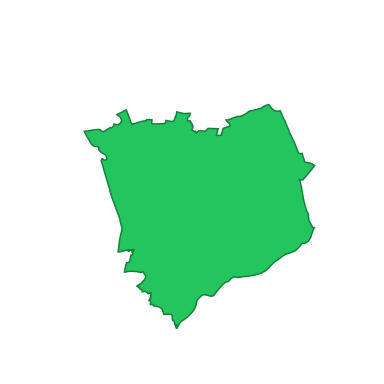 Scheia, Suceava, Romania (Robinson projection), rotated 127°
{"feature_id": "2599482B75590370819130", "entity_name": "Scheia", "entity_type": "district", "adm_level": 2, "iso_a3": "ROU", "parent_name": "Romania", "parent_adm1": "Suceava", "projection": "robinson", "projection_center": [26.193, 47.643], "detail": "fine", "context": "isolated", "style": "filled", "palette": "green", "viewbox_px": 384, "rotation_deg": 127, "n_neighbors": 0, "source": "geoboundaries", "source_scale": "gbopen_adm2", "svg_char_len": 5967}
<svg xmlns="http://www.w3.org/2000/svg" viewBox="0 0 384 384"><g transform="rotate(127 192 192)"><path d="M262.6,226.4L263.6,225.7L264.9,225.0L268.4,223.5L273.7,221.1L276.9,219.3L284.4,214.9L284.2,214.6L283.7,214.1L276.5,208.2L277.8,207.2L277.4,206.7L277.1,206.9L276.2,207.2L275.8,206.9L276.2,206.7L274.9,205.4L274.8,205.6L274.0,204.8L273.9,204.9L273.0,203.9L273.9,203.2L274.5,203.7L274.3,203.9L274.9,204.5L275.2,204.5L275.4,204.4L276.0,203.9L275.4,203.5L276.3,202.7L277.9,201.6L279.4,202.9L283.2,200.7L283.6,200.8L284.4,200.3L285.8,200.1L286.4,200.1L286.7,200.2L288.0,201.6L289.5,200.8L289.7,201.0L291.4,200.3L295.2,198.5L296.7,197.6L295.8,196.7L294.1,195.4L292.7,193.8L291.7,192.6L288.9,188.4L287.6,185.6L286.8,184.2L286.1,183.6L285.0,182.9L286.1,180.9L286.3,179.8L286.6,179.0L286.9,178.4L287.7,177.8L288.8,177.5L290.7,177.2L291.9,177.3L292.8,177.2L292.9,177.6L294.0,177.5L295.6,177.5L296.3,178.0L297.1,178.2L297.1,178.4L297.6,178.5L298.3,178.5L298.6,178.8L299.2,178.7L299.6,179.3L299.9,179.4L300.4,179.3L300.5,179.1L300.3,178.3L300.2,177.7L300.0,177.2L300.4,176.8L300.4,176.7L300.1,176.5L300.2,176.1L300.8,175.0L300.4,174.5L300.2,174.0L300.6,173.8L300.6,173.3L300.5,172.8L300.8,171.8L300.9,171.7L301.2,171.6L301.4,171.7L301.5,171.7L301.0,171.2L300.5,170.6L299.9,170.1L299.4,169.6L299.5,169.0L299.4,167.8L299.1,167.1L299.3,166.7L299.6,166.4L299.5,165.8L299.4,165.6L297.5,165.0L297.1,164.4L297.1,164.2L297.3,163.9L297.2,163.6L297.3,163.5L297.7,163.6L298.2,163.2L298.9,162.3L299.1,162.3L299.1,162.6L299.6,162.8L299.8,162.7L299.8,162.3L300.1,162.2L301.0,161.5L301.4,161.3L301.7,161.4L301.9,161.5L302.0,161.7L302.4,161.5L302.7,161.3L302.8,161.1L302.4,160.8L302.4,160.7L302.7,160.6L303.2,160.7L304.2,161.2L304.5,161.2L304.6,160.6L304.0,160.1L304.0,159.9L304.5,159.5L304.9,158.8L305.3,158.3L306.1,158.1L306.9,157.5L306.9,157.3L306.5,156.9L305.9,156.4L305.7,155.7L305.2,155.3L305.3,155.0L305.5,154.9L305.6,154.6L305.5,153.9L305.8,153.7L305.9,153.3L305.4,152.8L304.6,152.4L304.5,151.5L303.7,149.0L303.4,147.3L303.6,146.3L303.3,145.6L304.2,144.6L305.7,142.0L306.8,141.0L306.4,140.6L305.4,139.3L304.3,138.0L303.9,137.3L302.3,135.5L302.3,134.2L302.5,133.9L303.4,132.7L304.6,132.0L305.3,131.2L305.8,130.8L305.9,130.6L305.6,130.3L305.7,130.2L306.1,129.7L306.0,128.8L306.2,128.3L306.5,127.7L308.2,126.2L308.3,125.9L308.3,125.7L308.1,125.5L307.4,125.2L307.3,124.9L307.3,124.5L308.1,124.2L308.8,124.5L309.1,124.4L309.6,123.7L309.6,123.3L309.6,123.0L310.1,122.6L310.1,122.4L310.0,122.1L309.8,121.9L306.0,122.7L303.3,123.0L301.3,122.6L298.5,121.5L294.3,120.3L291.4,119.9L287.3,119.5L285.2,119.5L282.4,119.9L280.1,120.6L277.7,121.9L275.5,122.8L270.8,122.3L268.1,121.7L267.2,121.0L266.1,119.6L265.5,118.3L263.8,114.0L262.1,112.5L259.6,112.4L254.5,112.3L247.7,111.8L243.6,110.8L241.8,109.2L238.2,108.7L235.3,108.0L233.6,106.0L232.4,103.5L228.8,100.2L225.3,96.4L220.6,91.8L214.9,87.8L210.4,85.7L205.4,84.8L202.0,84.6L197.7,83.9L194.7,82.7L189.9,81.4L185.7,79.9L181.6,77.1L176.8,74.2L172.4,73.4L169.1,73.2L166.6,73.1L165.4,71.3L164.7,70.8L163.7,70.2L161.2,69.5L157.7,69.7L155.8,70.2L154.4,70.8L150.0,72.2L147.5,72.7L146.8,72.6L146.9,73.4L147.4,73.9L147.6,74.5L147.6,74.9L147.0,75.5L146.5,77.0L145.2,79.3L145.0,80.6L143.3,82.5L140.5,85.1L140.0,85.4L139.7,85.8L139.3,86.5L137.7,89.7L136.2,91.8L130.5,98.8L123.7,106.0L121.9,108.0L119.6,110.7L117.4,113.6L117.0,113.0L116.5,111.7L115.9,111.3L115.4,110.7L114.5,110.7L104.9,110.1L97.0,109.9L97.5,114.1L97.8,115.3L98.0,115.5L98.8,116.8L100.1,119.4L100.1,119.6L100.2,119.8L94.9,127.5L95.9,127.9L96.4,129.3L96.7,130.4L92.9,136.7L92.3,137.5L88.0,145.5L86.5,148.4L85.9,149.8L84.4,152.1L83.9,152.6L83.5,153.6L82.7,154.9L80.6,158.5L79.4,160.2L78.9,161.3L78.5,162.5L77.1,165.0L74.8,169.1L73.9,170.4L75.4,171.6L76.8,173.6L77.6,175.8L77.1,179.1L76.3,181.9L76.1,183.5L77.9,184.8L80.0,185.9L81.3,186.5L83.3,187.1L85.2,188.8L87.5,190.1L88.1,190.8L90.7,192.9L91.5,193.8L92.5,194.6L94.1,195.3L97.0,196.1L100.3,197.6L101.9,198.6L102.9,199.3L103.9,200.7L104.4,201.2L104.9,201.6L105.8,202.0L107.1,203.2L108.2,203.9L111.1,205.4L113.2,207.1L114.0,208.1L114.6,206.5L114.8,203.5L114.9,203.2L116.3,201.3L122.5,205.4L129.1,202.9L132.0,206.3L132.0,206.7L125.7,209.2L131.1,216.9L131.6,217.4L131.9,217.5L135.4,218.0L138.8,223.2L138.9,223.4L142.1,224.2L141.4,225.8L142.4,226.1L142.5,228.2L142.5,229.6L141.1,229.8L139.5,230.4L139.0,231.6L138.6,231.3L138.2,232.2L137.7,232.8L137.6,233.7L136.2,236.1L137.9,238.6L137.4,238.8L136.2,239.8L134.8,240.3L132.4,239.7L130.2,240.8L134.3,245.8L134.9,247.1L135.3,248.2L137.2,252.5L139.4,251.3L140.8,250.7L141.7,250.5L142.5,250.5L143.5,250.0L144.3,249.8L145.8,249.5L147.0,249.5L148.0,251.0L148.7,252.1L149.8,254.6L150.6,255.9L152.8,254.7L155.0,256.3L156.1,257.9L157.7,259.7L159.9,262.5L161.3,264.9L161.3,265.1L160.8,266.0L158.4,267.4L158.4,267.5L161.5,271.9L162.6,271.3L163.9,272.9L166.2,275.0L173.4,280.1L174.1,280.2L173.4,282.2L173.0,283.0L172.5,283.8L171.5,285.0L170.3,286.8L169.8,287.8L168.4,290.0L167.4,291.9L166.5,292.9L166.1,293.3L165.9,293.7L165.9,293.9L175.5,298.6L175.4,295.0L175.6,294.1L176.7,291.9L177.3,291.0L177.6,291.2L178.1,290.9L180.6,290.8L181.6,291.0L183.0,291.7L183.5,292.3L184.4,294.5L184.6,295.3L186.2,294.4L187.2,294.5L188.7,294.8L189.6,295.4L189.9,296.1L190.8,296.4L191.6,296.9L193.0,297.4L193.8,297.8L195.0,298.0L197.5,299.4L197.8,301.0L197.8,301.6L197.5,302.7L197.8,303.6L198.0,304.0L199.2,305.4L201.9,308.3L203.9,310.0L208.4,314.5L209.4,312.8L210.0,311.4L211.8,306.9L214.4,300.9L214.5,300.4L214.3,297.6L214.1,297.1L213.7,296.5L212.3,294.7L212.3,294.4L212.6,293.7L212.9,293.2L214.3,291.8L214.8,291.1L214.9,290.5L215.0,287.9L214.6,284.8L214.6,283.3L214.8,282.4L215.1,281.9L216.9,279.9L217.4,279.7L217.8,279.8L219.2,281.1L219.4,281.4L219.4,282.0L219.1,283.3L219.2,283.6L219.4,283.8L219.9,283.8L221.4,283.5L221.7,283.3L222.0,283.1L223.1,281.2L228.1,274.8L238.6,260.4L241.5,257.0L244.8,252.3L256.7,233.7L257.2,233.1L259.0,231.3L260.1,230.0L262.6,226.4Z" fill="#22c55e" stroke="#15803d" stroke-width="1.5"/></g></svg>